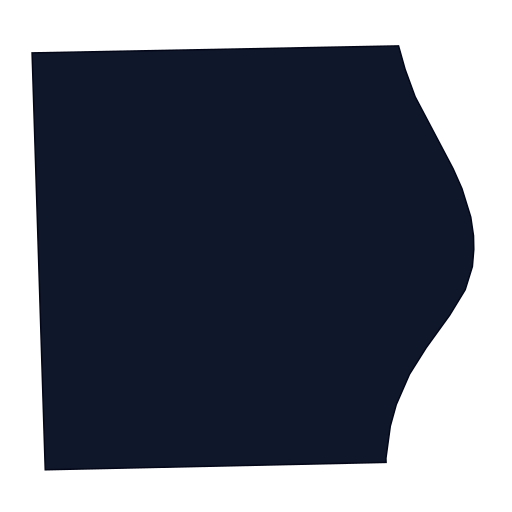 outline of Oceana, Michigan, United States of America, rotated 178°
{"feature_id": "52423323B31679500677", "entity_name": "Oceana", "entity_type": "district", "adm_level": 2, "iso_a3": "USA", "parent_name": "United States of America", "parent_adm1": "Michigan", "projection": "mercator", "projection_center": [-86.423, 43.643], "detail": "fine", "context": "isolated", "style": "filled", "palette": "ink", "viewbox_px": 512, "rotation_deg": 178, "n_neighbors": 0, "source": "geoboundaries", "source_scale": "gbopen_adm2", "svg_char_len": 397}
<svg xmlns="http://www.w3.org/2000/svg" viewBox="0 0 512 512"><g transform="rotate(178 256 256)"><path d="M472.7,466.8L474.1,49.7L133.2,45.2L133.2,49.3L127.7,81.3L121.0,102.6L106.7,132.5L89.1,158.4L64.5,190.1L48.1,215.0L40.1,237.9L38.1,254.9L37.9,268.6L40.0,287.4L47.8,316.1L55.9,336.2L91.4,409.6L100.5,437.5L106.2,461.0L472.7,466.8Z" fill="#0f172a" stroke="#020617" stroke-width="1.5"/></g></svg>